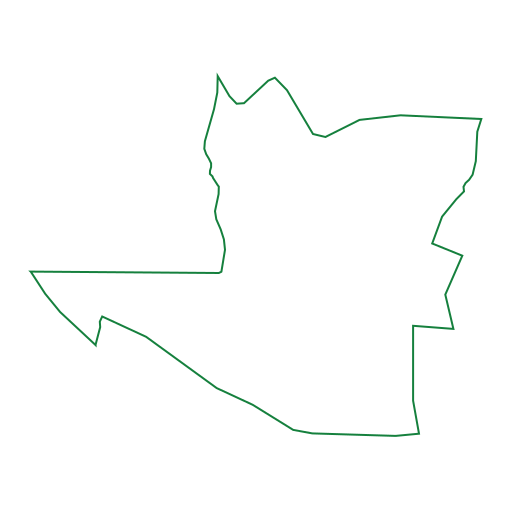 map outline of South Cotabato (Natural Earth projection)
{"feature_id": "PHL-2599", "entity_name": "South Cotabato", "entity_type": "Province", "adm_level": 1, "iso_a3": "PHL", "parent_name": "Philippines", "parent_adm1": "", "projection": "natural_earth1", "projection_center": [124.747, 6.32], "detail": "fine", "context": "isolated", "style": "outline", "palette": "green", "viewbox_px": 512, "rotation_deg": 0, "n_neighbors": 0, "source": "natural_earth", "source_scale": "10m", "svg_char_len": 939}
<svg xmlns="http://www.w3.org/2000/svg" viewBox="0 0 512 512"><path d="M217.7,76.1L229.5,96.2L236.6,103.7L244.0,103.2L268.2,80.7L274.9,77.7L287.0,90.2L313.0,134.0L325.4,137.0L359.5,119.9L400.5,115.3L481.3,119.0L477.3,131.7L475.8,161.2L472.6,174.7L469.1,179.8L465.6,183.0L463.5,186.8L464.0,191.4L456.4,199.1L442.1,216.6L432.2,243.5L462.3,255.7L445.3,294.6L453.4,328.9L413.1,325.8L413.1,400.7L419.0,433.7L395.6,435.9L312.3,433.4L293.2,429.9L252.7,404.8L216.7,388.1L146.1,336.8L102.2,316.5L99.8,321.7L100.2,327.1L95.6,344.6L95.6,345.1L95.2,344.7L60.1,312.0L45.2,293.8L30.8,271.7L30.7,271.6L218.8,273.0L221.3,271.8L221.4,271.7L225.0,249.8L223.9,239.4L220.7,229.4L216.3,219.3L215.0,211.2L218.6,194.1L218.8,186.6L217.7,185.2L213.0,177.9L212.5,176.4L209.9,173.9L210.0,170.7L211.1,167.1L211.1,163.3L208.9,158.7L206.2,154.2L204.3,148.8L204.9,141.2L214.0,109.2L217.3,92.6L217.7,76.4L217.7,76.1Z" fill="none" stroke="#15803d" stroke-width="2"/></svg>